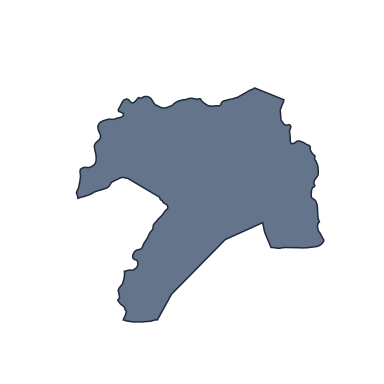 Grace, Laborie, Saint Lucia, rotated 57°
{"feature_id": "8701671B7232350225457", "entity_name": "Grace", "entity_type": "district", "adm_level": 2, "iso_a3": "LCA", "parent_name": "Saint Lucia", "parent_adm1": "Laborie", "projection": "robinson", "projection_center": [-60.967, 13.776], "detail": "fine", "context": "isolated", "style": "filled", "palette": "slate", "viewbox_px": 384, "rotation_deg": 57, "n_neighbors": 0, "source": "geoboundaries", "source_scale": "gbopen_adm2", "svg_char_len": 5220}
<svg xmlns="http://www.w3.org/2000/svg" viewBox="0 0 384 384"><g transform="rotate(57 192 192)"><path d="M135.1,291.2L135.6,289.6L135.9,288.0L136.7,286.1L137.7,282.4L138.5,279.0L138.8,276.5L138.9,273.5L139.6,270.8L141.1,265.7L142.3,261.4L142.2,259.9L141.9,258.1L140.6,255.5L140.2,254.8L140.1,253.8L140.2,252.2L140.6,248.8L141.3,243.7L142.1,242.1L142.7,241.3L143.9,240.3L145.5,238.5L146.3,238.1L147.3,237.6L178.8,222.0L180.5,222.6L181.3,222.6L183.1,221.6L184.7,221.9L185.7,221.8L186.4,221.4L187.7,220.7L189.5,219.9L190.4,220.1L191.8,220.7L192.7,221.5L192.9,223.0L193.0,224.0L193.3,224.9L193.6,225.6L193.9,226.4L194.3,227.2L194.5,227.8L194.8,228.5L195.0,229.2L195.2,230.0L195.5,231.0L195.7,232.1L195.9,233.1L196.2,234.4L196.6,235.9L196.9,237.1L197.3,238.2L197.4,238.7L197.7,239.8L197.9,240.6L198.2,241.4L198.4,241.9L198.8,242.5L199.4,243.1L199.9,243.5L200.6,244.0L201.2,244.5L201.6,245.0L201.9,245.5L202.3,246.5L202.5,247.2L202.8,248.3L202.9,248.7L203.3,249.6L203.7,250.4L204.1,251.0L204.4,251.6L204.9,252.2L205.4,253.1L206.0,254.0L206.6,255.1L207.1,256.1L207.6,257.5L208.0,258.3L208.4,259.3L208.9,260.1L209.3,260.9L209.8,261.7L210.4,262.4L211.2,263.7L211.6,264.5L211.8,265.2L211.9,265.8L211.9,266.1L211.7,266.9L211.4,267.6L211.3,268.0L211.0,268.7L210.8,269.3L210.6,270.1L210.5,270.6L210.5,271.4L210.6,271.9L210.8,272.7L211.1,273.2L211.4,274.1L211.9,274.8L212.3,275.6L213.0,276.3L213.6,276.7L214.2,277.2L215.0,277.4L215.8,277.5L216.6,277.3L217.4,277.0L218.3,276.1L219.0,275.6L219.8,275.4L220.5,275.6L221.1,275.7L221.9,276.1L222.4,276.4L223.1,276.8L224.5,278.0L225.4,280.6L225.4,284.1L222.9,287.9L222.3,290.5L221.6,291.9L224.5,293.5L226.8,295.5L228.3,297.0L231.2,300.3L231.9,302.3L232.9,305.6L234.2,307.4L239.3,309.4L241.3,310.4L242.3,313.2L243.5,313.2L246.8,313.0L248.5,312.5L251.1,311.4L254.6,312.2L256.4,312.0L259.0,315.0L261.8,319.3L264.6,317.0L266.4,315.0L269.0,312.0L270.3,310.0L273.6,304.9L277.8,297.2L279.5,291.8L280.5,290.8L266.5,264.7L260.8,238.8L250.0,190.0L256.2,149.5L265.5,153.0L281.3,155.9L281.5,156.0L283.1,153.8L283.2,153.7L283.7,153.2L284.5,152.3L285.2,151.4L285.9,150.6L286.5,149.8L287.0,149.0L287.3,148.1L288.0,146.6L288.7,145.3L289.6,143.4L290.7,142.1L291.7,140.5L293.2,138.2L294.1,137.1L295.3,135.1L296.3,133.7L297.2,132.4L298.2,131.0L299.2,129.5L299.8,128.6L300.3,127.7L300.9,126.7L301.6,125.6L302.1,124.5L302.9,122.8L303.4,121.7L303.8,120.9L304.4,119.9L304.9,118.7L305.4,117.6L305.8,116.6L306.1,115.6L306.3,114.5L306.3,113.3L306.2,112.4L306.0,111.2L305.8,110.3L305.6,109.7L305.3,108.9L305.0,108.4L304.5,107.9L303.8,107.6L299.1,107.3L296.9,107.1L294.9,107.1L293.4,107.2L292.2,106.7L291.1,106.4L289.7,105.8L288.7,105.1L287.9,104.4L287.1,103.5L286.7,102.7L286.5,101.4L284.5,101.0L283.0,100.7L278.9,98.5L276.2,96.9L273.6,95.4L270.8,94.0L267.7,93.3L266.2,93.2L265.4,93.4L263.8,94.0L262.4,94.7L261.8,94.7L260.7,94.4L259.1,93.4L257.5,92.2L256.3,91.4L254.8,89.8L254.1,88.3L254.1,86.7L253.7,85.6L252.7,85.3L251.7,85.2L251.1,85.1L250.2,84.4L249.1,83.1L248.5,82.2L247.6,79.7L247.2,78.4L246.6,77.4L245.6,76.3L242.9,74.5L240.0,72.9L237.6,72.0L234.0,71.3L231.1,71.3L228.7,69.2L226.2,69.9L223.8,70.2L220.5,69.7L218.4,68.1L216.9,68.3L214.7,69.9L211.7,71.3L208.6,73.3L206.9,75.2L206.6,76.4L206.7,78.8L206.6,80.7L205.3,82.4L204.4,82.3L202.6,81.7L200.2,80.1L195.0,77.5L193.5,76.8L192.3,74.7L190.9,73.4L189.3,73.3L188.4,73.9L187.5,76.1L186.2,77.6L184.1,78.1L180.2,78.2L176.4,76.2L174.3,74.9L171.6,73.6L170.4,72.2L168.4,69.4L166.0,66.0L164.7,64.7L148.1,76.3L138.8,82.8L138.9,83.2L138.9,84.2L138.8,84.6L138.7,85.9L138.3,87.6L138.1,88.8L138.0,92.1L138.0,92.6L137.5,100.1L137.4,102.3L136.7,104.3L136.5,104.9L136.3,106.5L134.7,110.3L133.1,115.1L132.7,117.0L133.5,119.3L134.6,120.1L134.6,122.1L134.3,122.6L132.9,124.6L131.4,127.6L131.3,127.9L130.7,128.6L129.0,130.8L127.8,131.8L127.1,132.1L124.6,133.2L121.9,134.1L121.0,134.3L120.8,134.4L119.6,134.2L118.6,134.1L117.8,135.0L117.6,135.2L117.5,135.6L117.1,137.2L114.7,139.6L113.5,140.8L112.1,143.1L112.0,143.3L110.9,147.4L110.3,148.4L109.7,149.5L109.0,151.7L108.9,152.2L108.5,153.3L108.2,154.2L108.0,158.1L108.3,159.8L108.5,160.7L108.6,161.5L107.8,165.7L107.0,168.5L106.6,169.6L103.9,172.3L100.4,174.2L100.2,174.4L99.3,175.1L97.9,175.4L97.1,175.6L94.4,175.5L91.7,175.5L90.1,175.9L89.3,176.2L88.9,176.5L87.3,177.8L86.4,179.3L85.9,180.2L85.6,183.4L85.3,183.8L84.6,184.6L83.7,185.4L83.6,185.5L85.0,190.0L85.2,192.6L84.2,194.1L82.9,194.5L80.0,194.9L78.4,196.1L77.7,199.0L78.4,201.1L80.8,205.3L82.7,208.7L83.4,209.5L84.6,209.5L86.3,208.2L88.8,206.8L90.1,207.6L91.0,209.5L90.0,212.7L89.0,215.4L88.4,218.3L85.5,222.2L83.9,227.5L83.6,230.5L83.6,230.8L83.9,232.3L84.9,234.3L85.4,235.0L86.2,235.6L87.8,236.3L89.1,236.7L90.2,237.1L91.8,237.3L93.3,237.5L93.8,237.6L95.0,238.1L96.5,239.2L97.3,240.3L97.7,241.7L98.0,244.0L98.1,244.6L98.8,247.0L99.5,248.1L100.4,249.1L102.2,249.8L105.0,251.1L106.1,251.4L107.0,251.8L108.1,252.1L108.9,252.6L111.4,253.9L113.9,255.8L115.1,257.3L115.8,258.8L116.0,260.6L116.0,262.5L115.4,265.1L114.8,266.0L113.8,267.3L112.8,268.7L112.2,270.4L112.2,273.3L114.3,275.1L116.5,276.1L118.3,277.1L119.6,278.2L121.6,279.9L126.4,284.5L127.3,285.8L128.8,288.3L129.9,289.5L131.4,289.7L133.9,290.5L135.1,291.2Z" fill="#64748b" stroke="#1e293b" stroke-width="1.5"/></g></svg>